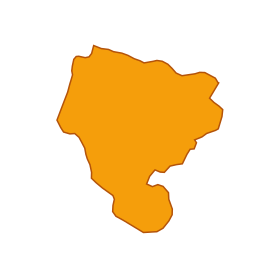 outline of Hwacheon-gun, Gangwon, South Korea, rotated 298°
{"feature_id": "91817680B86395324328742", "entity_name": "Hwacheon-gun", "entity_type": "district", "adm_level": 2, "iso_a3": "KOR", "parent_name": "South Korea", "parent_adm1": "Gangwon", "projection": "natural_earth1", "projection_center": [127.693, 38.168], "detail": "fine", "context": "isolated", "style": "filled", "palette": "amber", "viewbox_px": 256, "rotation_deg": 298, "n_neighbors": 0, "source": "geoboundaries", "source_scale": "gbopen_adm2", "svg_char_len": 1235}
<svg xmlns="http://www.w3.org/2000/svg" viewBox="0 0 256 256"><g transform="rotate(298 128 128)"><path d="M184.7,59.0L176.7,60.9L172.5,60.2L170.0,57.2L168.2,50.8L166.8,48.7L163.2,47.9L156.5,49.8L152.1,51.5L148.9,54.1L144.6,55.0L139.5,56.0L131.3,57.9L115.7,59.8L101.6,61.6L96.8,68.4L94.2,73.0L95.5,79.4L98.1,83.6L96.8,89.1L93.4,94.2L89.9,99.3L85.1,103.1L81.7,106.5L77.8,111.6L71.7,116.7L66.5,119.3L64.7,125.6L63.0,133.7L61.3,146.4L58.7,149.4L52.6,151.1L47.0,153.7L44.4,158.8L44.4,160.5L44.3,167.3L43.0,190.7L47.4,197.9L50.0,202.2L56.0,206.0L65.1,207.7L72.1,207.7L76.8,205.4L77.3,205.1L84.2,197.5L89.9,194.1L92.9,186.4L92.0,180.9L87.7,177.1L87.3,170.7L95.5,169.8L103.7,171.5L104.2,177.1L105.9,180.9L114.1,183.0L118.5,188.1L121.9,192.8L132.3,192.4L138.4,192.8L140.6,196.2L147.1,195.4L148.8,192.4L154.9,197.5L160.1,200.0L167.0,206.4L169.6,208.1L182.2,205.6L188.7,203.0L190.0,198.3L190.9,191.9L192.6,186.0L210.4,186.9L210.4,186.0L213.0,181.7L213.0,175.4L213.0,169.8L210.8,165.2L207.3,161.7L199.5,151.1L199.1,144.7L201.2,139.2L203.0,133.3L203.0,126.9L201.2,121.8L198.6,118.8L193.0,111.6L193.0,107.0L192.1,101.0L192.1,93.8L191.2,87.4L188.6,79.4L188.2,73.9L185.6,67.1L184.7,59.0Z" fill="#f59e0b" stroke="#b45309" stroke-width="1.5"/></g></svg>